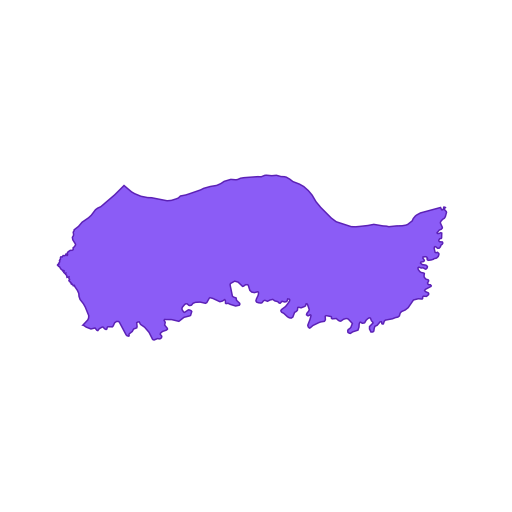 Nong Na Kham, Khon Kaen, Thailand (orthographic projection), rotated 142°
{"feature_id": "78962969B54012072717809", "entity_name": "Nong Na Kham", "entity_type": "district", "adm_level": 2, "iso_a3": "THA", "parent_name": "Thailand", "parent_adm1": "Khon Kaen", "projection": "orthographic", "projection_center": [102.317, 16.814], "detail": "fine", "context": "isolated", "style": "filled", "palette": "violet", "viewbox_px": 512, "rotation_deg": 142, "n_neighbors": 0, "source": "geoboundaries", "source_scale": "gbopen_adm2", "svg_char_len": 6141}
<svg xmlns="http://www.w3.org/2000/svg" viewBox="0 0 512 512"><g transform="rotate(142 256 256)"><path d="M388.8,254.1L388.6,253.3L387.9,252.5L384.5,251.6L383.1,250.1L382.1,249.7L380.8,249.8L379.8,250.6L379.6,251.2L379.7,253.3L378.8,254.0L376.1,254.1L372.4,252.8L370.9,252.8L370.4,253.5L370.5,257.8L368.3,259.7L368.1,261.8L367.2,262.3L361.6,257.8L357.0,252.0L350.5,252.0L345.0,249.6L344.1,249.5L340.8,251.8L340.8,252.9L341.6,254.4L342.4,255.2L347.1,255.6L347.5,256.4L347.3,259.1L346.6,260.3L345.5,261.0L342.0,261.7L340.8,261.6L339.7,260.7L339.3,258.5L338.7,257.7L337.1,257.0L334.8,257.5L332.3,256.8L328.4,254.1L324.9,249.8L323.4,249.6L318.9,251.5L317.9,251.5L316.1,249.1L312.6,242.2L310.3,241.2L307.5,240.9L307.6,239.6L309.1,237.6L308.9,236.9L307.1,235.9L306.1,233.8L302.8,229.1L299.4,227.5L298.6,227.8L298.0,228.7L298.6,233.1L297.5,235.2L299.0,237.5L299.3,238.9L294.5,248.6L293.8,249.7L292.8,250.0L288.3,249.3L286.2,246.5L285.3,240.3L284.4,239.9L281.9,239.8L280.2,238.5L280.2,237.5L282.0,232.7L281.6,230.2L279.8,228.1L276.7,226.8L276.4,226.3L276.8,225.2L278.5,223.7L282.1,221.9L283.7,220.7L283.9,219.3L282.9,217.7L281.0,215.8L279.9,215.5L278.0,216.0L276.7,215.9L276.2,215.5L274.8,213.2L272.1,212.7L269.5,211.5L268.8,209.0L267.0,206.7L266.7,204.6L266.0,203.9L263.4,204.3L261.7,202.1L260.4,201.4L259.1,201.4L257.5,202.7L256.3,201.5L256.4,200.7L257.2,199.9L260.8,198.7L263.9,198.0L269.0,198.1L270.2,197.5L270.4,195.9L269.4,193.7L268.6,188.7L267.8,186.8L266.5,185.4L264.6,185.2L260.3,187.8L258.2,187.5L256.7,187.8L254.8,189.7L253.9,189.3L252.4,187.4L249.1,186.4L247.7,186.2L246.1,187.4L245.3,187.1L245.3,186.0L247.0,181.0L248.2,180.2L251.2,179.5L252.4,178.6L252.0,177.0L251.4,176.6L249.5,176.3L249.2,175.8L249.4,175.1L252.6,172.7L257.8,169.6L258.5,168.0L258.3,166.3L257.4,166.0L253.9,166.2L247.4,164.8L245.6,164.2L242.3,162.4L240.6,163.0L238.6,165.9L237.6,165.9L237.0,165.4L234.1,162.0L234.1,161.4L234.9,160.4L234.6,159.5L231.2,157.3L230.7,154.4L229.8,152.8L228.9,152.4L226.1,152.3L224.0,151.5L222.8,150.7L222.1,149.4L221.6,143.5L225.1,141.4L226.8,141.1L228.6,141.3L229.8,140.6L230.6,139.1L230.0,137.7L229.3,136.9L226.5,136.7L221.3,134.8L218.6,136.6L216.7,138.8L215.0,139.8L214.3,139.5L213.7,137.6L212.0,136.6L211.4,136.5L208.8,137.6L206.7,137.8L205.4,137.7L204.4,137.3L204.1,136.5L204.9,133.9L204.7,132.2L205.0,131.2L210.0,130.5L211.5,128.6L212.2,125.3L210.7,124.2L209.4,124.3L207.4,126.2L205.6,127.4L203.2,126.8L198.8,127.7L197.7,127.1L197.7,126.5L198.5,125.2L197.9,124.2L197.4,124.1L195.0,125.7L193.5,125.8L187.1,122.5L184.0,121.6L181.8,120.5L179.9,120.5L177.8,122.1L176.5,122.5L175.1,122.5L171.7,121.6L167.9,121.6L159.0,124.4L154.4,122.4L151.6,119.8L150.9,119.9L150.0,121.0L148.9,121.3L146.5,119.2L143.9,119.3L143.2,119.8L142.9,120.8L144.4,123.7L144.4,125.0L143.0,125.4L136.8,124.3L136.2,124.7L136.3,126.0L137.5,127.0L137.8,128.1L137.4,129.2L135.7,129.8L135.0,130.5L135.0,131.2L136.4,133.3L136.5,135.6L135.9,136.8L134.1,138.6L134.3,139.3L136.1,141.5L136.5,142.9L136.5,145.5L135.7,146.9L134.5,146.9L133.2,144.8L131.6,143.8L130.6,141.3L130.0,141.0L128.3,141.3L127.4,142.2L127.5,143.6L128.0,144.5L130.2,146.8L130.8,149.1L129.8,149.7L127.5,148.5L126.3,148.6L125.9,149.3L125.9,151.4L124.9,152.4L122.7,151.0L122.2,150.2L122.2,148.6L122.8,148.6L123.3,147.7L123.0,146.6L120.5,145.1L118.2,144.2L117.4,144.3L115.0,143.2L112.7,143.4L110.9,144.6L110.4,145.4L110.7,147.2L112.1,147.7L112.6,148.7L110.8,152.5L109.7,153.3L109.1,153.2L108.7,152.7L108.1,150.2L106.9,149.4L105.1,149.7L103.5,150.7L102.1,150.6L100.8,151.2L100.5,152.3L102.6,154.3L102.6,155.5L101.9,156.1L100.6,156.5L99.2,155.8L98.6,156.0L95.5,159.7L96.0,160.6L97.7,161.0L98.9,161.7L99.2,162.2L99.0,162.9L95.4,163.6L93.6,163.0L92.0,163.3L91.5,163.9L90.4,168.5L90.0,169.0L88.7,169.6L86.3,170.0L84.3,169.8L82.6,170.4L79.0,173.1L78.7,173.9L78.9,176.7L78.1,177.6L77.0,177.5L77.1,178.2L77.9,178.9L79.9,177.4L80.4,177.4L81.3,178.2L80.7,180.6L99.9,188.7L104.2,189.4L105.8,189.4L109.0,188.7L111.3,187.5L117.1,187.5L119.0,188.1L122.3,189.9L126.9,193.3L133.3,197.3L134.8,199.2L137.4,201.5L143.7,208.4L149.0,211.1L155.5,215.1L159.7,217.8L162.9,220.5L171.7,233.6L173.3,239.5L175.1,254.5L175.3,261.9L174.3,269.4L174.5,275.2L175.6,281.3L177.5,285.9L181.1,291.9L182.1,295.8L183.6,299.5L184.9,301.1L187.4,303.2L190.2,307.0L194.2,309.6L198.0,313.2L199.3,314.1L203.1,315.2L206.0,317.6L217.2,325.1L220.3,326.8L223.4,327.6L224.9,328.4L228.7,331.9L235.1,334.4L239.1,334.7L243.5,335.8L249.2,338.9L255.5,341.5L259.0,342.2L270.1,346.0L273.7,347.3L278.6,349.8L281.4,349.5L283.6,350.1L288.4,351.9L292.0,354.2L302.4,366.2L305.4,368.7L309.9,373.9L313.3,379.9L314.6,383.2L316.6,392.8L329.7,391.2L348.0,390.4L351.2,391.2L354.0,391.3L360.7,389.5L364.4,389.2L372.2,389.7L377.6,388.6L383.2,388.6L383.6,388.0L385.4,387.3L386.4,385.4L387.4,384.4L389.2,383.8L390.4,381.6L390.9,376.8L391.3,375.9L393.1,375.2L395.2,375.0L395.9,373.7L396.5,373.6L397.4,373.7L398.9,374.8L401.5,375.0L403.4,374.3L403.3,373.4L404.3,372.6L404.6,372.7L404.9,374.4L405.8,373.9L406.5,374.0L407.7,375.1L409.2,374.6L410.4,375.5L411.0,375.2L412.3,373.7L412.9,373.8L413.2,373.4L413.8,373.3L414.1,372.4L415.1,371.8L416.0,371.8L416.4,370.9L417.1,370.9L417.5,371.3L418.0,371.1L417.9,369.2L417.4,368.7L417.8,366.0L417.4,364.3L417.5,363.2L416.7,363.2L416.3,362.6L416.5,362.2L417.6,361.5L417.4,360.2L416.4,359.6L417.4,358.8L417.1,357.4L418.1,355.5L416.2,354.7L417.2,353.6L417.2,352.4L418.4,352.0L418.7,351.5L418.3,350.4L418.6,349.5L418.3,349.2L418.6,348.7L418.2,348.1L418.2,347.5L418.7,347.4L418.1,345.8L418.3,345.0L417.2,344.6L417.6,343.7L417.9,338.9L418.7,335.6L420.3,333.2L421.4,330.1L421.4,324.6L422.0,320.8L424.5,312.0L426.1,310.2L427.9,309.2L435.0,308.1L434.6,307.7L433.6,304.5L431.0,300.1L427.2,298.4L427.1,295.4L426.6,294.6L424.2,295.2L420.9,294.7L420.3,294.1L420.1,291.8L419.4,290.4L418.5,290.3L417.1,291.4L416.2,291.4L412.8,288.6L411.6,288.8L408.5,290.4L406.3,290.3L404.8,289.2L404.4,288.1L406.9,273.8L406.7,272.5L405.8,271.3L405.1,271.2L404.5,272.3L403.7,272.7L400.0,272.7L397.4,273.8L394.2,272.8L393.1,273.7L391.1,276.9L390.0,276.8L388.6,276.1L389.1,273.2L387.6,268.4L387.3,261.6L388.8,254.1Z" fill="#8b5cf6" stroke="#5b21b6" stroke-width="1.5"/></g></svg>